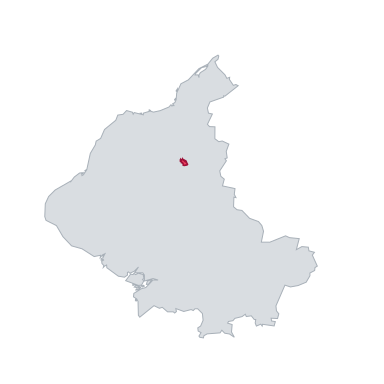 location of Serranópolis, Goiás, Brazil, rotated 194°
{"feature_id": "56859067B10105372355636", "entity_name": "Serranópolis", "entity_type": "district", "adm_level": 2, "iso_a3": "BRA", "parent_name": "Brazil", "parent_adm1": "Goiás", "projection": "orthographic", "projection_center": [-52.171, -18.223], "detail": "fine", "context": "in_parent", "style": "filled", "palette": "rose", "viewbox_px": 384, "rotation_deg": 194, "n_neighbors": 0, "source": "geoboundaries", "source_scale": "gbopen_adm2", "svg_char_len": 5300}
<svg xmlns="http://www.w3.org/2000/svg" viewBox="0 0 384 384"><g transform="rotate(194 192 192)"><path d="M100.7,83.3L104.5,86.2L109.2,84.3L110.7,86.3L113.3,83.2L119.8,79.8L121.2,77.0L125.3,75.2L125.7,73.4L121.0,73.1L119.8,65.7L115.8,61.3L121.3,63.3L126.1,62.9L129.6,65.1L130.7,62.1L143.0,58.0L145.7,55.4L145.6,53.2L149.3,52.9L150.4,53.9L149.2,57.7L152.4,58.6L153.5,61.6L151.2,64.0L150.2,70.2L152.5,76.6L158.3,80.1L160.9,79.4L162.1,77.3L164.4,77.7L171.1,74.1L179.5,75.0L178.2,72.2L179.5,70.4L181.2,71.2L186.7,69.8L192.9,72.9L195.5,71.3L201.4,72.5L212.4,57.9L214.2,59.4L217.9,72.8L219.8,74.9L223.4,76.1L223.9,79.6L217.6,86.0L213.7,88.1L208.6,97.1L203.6,98.4L208.9,98.6L216.6,94.1L218.1,99.9L220.2,101.7L228.1,99.8L225.8,106.3L228.9,101.1L232.6,98.2L234.4,99.1L235.2,98.2L234.5,95.8L236.9,93.0L243.1,92.5L256.3,97.9L257.2,100.5L259.0,98.8L262.1,100.9L262.9,103.1L261.3,104.5L262.0,105.3L263.7,103.9L264.1,105.3L262.5,106.7L261.5,111.1L263.6,109.4L265.2,106.1L265.4,108.5L271.3,105.7L285.0,110.3L295.8,110.6L306.4,117.4L315.4,126.6L326.8,129.2L328.9,132.5L331.5,145.1L330.0,153.0L325.3,160.8L312.4,173.2L312.4,172.1L309.8,178.1L305.7,183.2L303.9,183.9L302.7,181.3L301.5,182.5L299.5,188.2L300.0,204.9L297.2,214.3L297.3,218.2L293.6,221.9L292.0,231.5L283.3,243.2L282.6,248.7L277.7,250.7L275.2,255.2L269.1,255.0L267.9,253.2L267.3,255.1L257.9,255.1L258.2,256.8L252.1,260.4L248.7,260.2L242.6,263.2L235.0,268.8L233.5,271.6L232.2,270.5L231.6,271.7L230.0,271.2L232.1,272.9L230.3,274.6L229.7,277.7L230.8,284.4L228.9,294.4L222.7,299.9L215.1,313.4L208.0,319.5L207.9,317.5L212.8,315.0L217.3,307.6L217.4,306.3L214.5,307.1L212.8,304.7L213.6,307.0L212.8,309.8L208.5,314.3L207.1,317.9L207.5,319.9L204.3,326.8L199.9,331.1L198.9,330.4L198.9,327.0L201.3,323.9L197.4,319.1L188.4,313.7L185.7,310.7L183.2,312.4L182.9,310.2L177.7,305.5L175.4,306.9L172.9,306.3L183.3,292.9L184.6,293.0L184.3,291.7L196.4,283.7L197.4,277.2L195.1,272.5L191.1,272.6L193.4,261.4L190.8,259.7L185.5,260.8L182.7,249.2L178.2,247.3L175.0,248.8L167.8,247.4L168.6,239.7L166.1,233.6L168.1,232.2L166.2,230.6L170.2,219.2L167.8,214.2L163.8,212.3L163.9,205.3L151.1,205.7L150.4,199.9L148.0,197.2L150.1,197.1L148.1,187.7L144.1,185.7L139.1,186.2L129.8,180.4L120.3,179.4L116.1,176.3L113.1,171.2L112.6,160.1L104.4,162.1L90.6,172.1L86.4,171.3L76.7,172.7L76.8,161.3L72.2,165.6L65.8,166.6L64.3,163.2L58.6,163.1L60.0,159.9L52.5,150.4L54.4,148.4L54.0,145.5L58.0,141.9L57.3,139.3L59.4,132.1L66.4,126.9L73.5,123.7L79.3,124.1L83.0,101.8L81.3,97.1L78.3,94.8L78.4,89.9L84.7,88.7L83.6,86.1L79.8,86.4L79.9,81.9L91.6,80.7L91.5,78.9L93.3,80.4L97.1,77.5L99.0,80.2L99.3,83.7L100.7,83.3ZM221.3,88.4L234.9,89.9L231.7,97.5L229.2,97.6L228.7,98.9L226.7,98.2L224.5,100.2L219.4,100.1L217.6,96.2L218.9,95.3L217.3,93.9L218.4,89.5L221.3,88.4ZM209.7,97.5L211.8,92.1L213.9,91.3L213.8,94.7L209.7,97.5ZM225.0,85.8L223.7,87.8L220.6,87.3L221.1,86.0L225.0,85.8ZM220.4,83.5L219.9,87.6L218.6,87.2L220.4,83.5ZM227.2,88.5L225.3,88.7L224.4,88.3L226.8,87.1L227.2,88.5ZM218.3,88.5L216.3,89.8L215.5,89.1L217.0,87.9L218.3,88.5ZM222.0,84.9L221.1,84.0L222.7,83.2L222.8,84.0L222.0,84.9ZM220.9,74.2L219.8,74.4L219.5,72.9L220.6,72.8L220.9,74.2ZM231.1,288.6L230.8,287.2L231.6,285.9L231.9,286.3L231.1,288.6ZM253.2,259.9L253.4,261.4L252.1,261.1L253.2,259.9ZM230.7,278.7L230.2,277.9L231.1,277.0L231.3,277.4L230.7,278.7ZM263.3,108.4L262.5,110.0L263.3,107.8L263.3,108.4ZM303.2,184.1L301.9,184.4L302.7,183.2L303.2,184.1ZM261.2,255.9L259.9,256.4L259.7,256.1L260.5,255.4L261.2,255.9ZM300.9,186.9L300.3,187.7L300.1,187.2L300.9,186.9ZM259.8,97.4L259.8,98.3L259.4,98.1L259.8,97.4Z" fill="#d9dde1" stroke="#a8b0b8" stroke-width="1"/><path d="M209.1,221.8L209.1,221.6L209.1,221.4L209.0,221.2L208.9,221.1L209.5,221.3L209.7,221.2L209.8,221.1L209.8,220.9L209.8,220.7L210.0,220.7L210.3,220.6L210.6,220.7L210.8,220.8L210.8,220.7L210.9,220.8L210.9,220.7L211.0,220.6L210.9,220.5L210.9,220.4L210.9,220.1L210.8,219.9L210.7,219.8L210.7,219.7L210.8,219.6L210.9,219.4L210.8,219.2L210.7,219.2L210.4,219.0L210.4,218.9L210.2,218.9L210.2,219.0L209.9,219.1L209.9,218.9L209.8,218.7L209.7,218.6L209.6,218.4L209.5,218.2L209.4,218.1L209.2,218.1L209.0,218.3L208.8,218.3L208.7,218.3L208.4,218.3L208.3,218.2L208.2,218.0L208.3,217.9L208.2,217.9L208.2,217.7L207.9,217.6L207.8,217.4L207.7,217.4L207.4,217.3L207.3,217.2L207.3,216.9L207.2,216.8L207.1,216.7L207.1,216.4L207.1,216.2L207.1,215.9L206.9,215.8L206.7,215.8L206.6,216.0L206.5,215.9L206.4,215.9L206.2,215.9L206.1,216.0L205.9,216.0L205.8,215.9L205.7,215.9L205.6,216.0L205.4,216.2L205.2,216.2L205.1,216.3L204.9,216.5L204.8,216.4L204.6,216.4L204.5,216.5L204.4,216.5L204.2,216.6L203.9,216.8L203.8,217.0L203.6,216.9L203.4,217.0L203.0,217.6L203.0,217.8L203.2,218.0L203.3,218.1L203.5,218.3L203.8,218.5L204.0,218.8L204.0,218.7L204.0,218.8L204.3,219.0L204.2,219.0L204.3,219.1L204.5,219.3L204.8,219.5L205.0,219.7L205.1,219.8L205.1,220.0L205.3,220.1L205.4,220.3L205.5,220.3L205.6,220.5L205.7,220.4L205.7,220.5L205.8,220.5L206.0,220.6L206.3,220.8L206.4,220.7L206.4,220.8L206.5,220.8L206.8,220.8L207.0,220.8L207.3,220.7L207.3,220.8L207.5,220.9L207.6,221.0L207.7,220.9L207.8,220.9L208.0,220.9L208.1,221.0L208.3,221.1L208.2,221.2L208.3,221.2L208.3,221.3L208.5,221.3L208.6,221.5L208.6,221.4L208.7,221.5L208.8,221.6L209.0,221.7L209.1,221.8L209.1,221.8Z" fill="#f43f5e" stroke="#9f1239" stroke-width="1.5"/></g></svg>